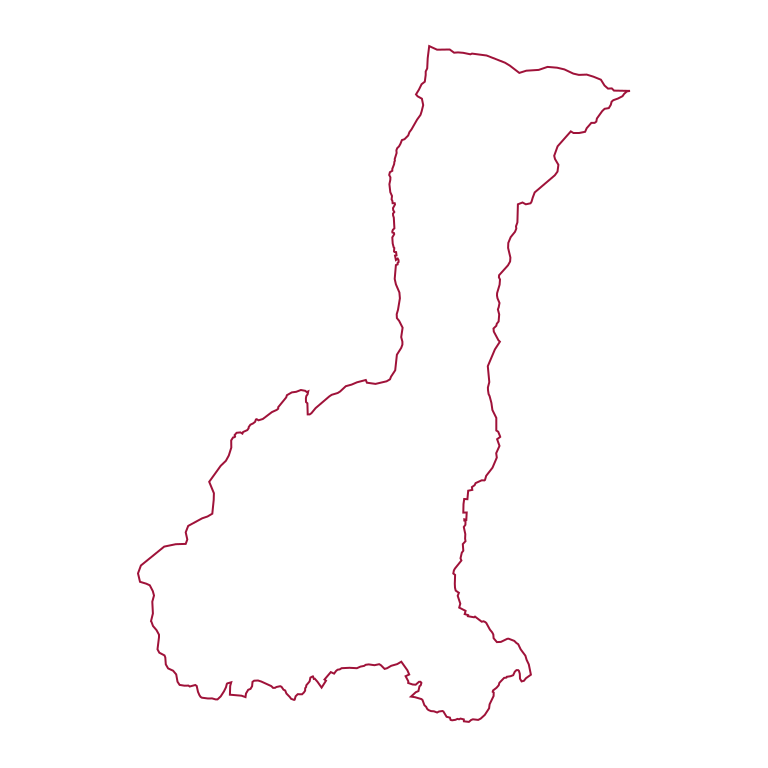 outline of Halmagiu, Arad, Romania
{"feature_id": "2599482B14202054481695", "entity_name": "Halmagiu", "entity_type": "district", "adm_level": 2, "iso_a3": "ROU", "parent_name": "Romania", "parent_adm1": "Arad", "projection": "orthographic", "projection_center": [22.581, 46.302], "detail": "fine", "context": "isolated", "style": "outline", "palette": "rose", "viewbox_px": 768, "rotation_deg": 0, "n_neighbors": 0, "source": "geoboundaries", "source_scale": "gbopen_adm2", "svg_char_len": 6086}
<svg xmlns="http://www.w3.org/2000/svg" viewBox="0 0 768 768"><path d="M484.8,714.9L489.1,708.3L489.6,704.3L493.6,696.0L493.7,692.5L492.7,691.8L493.1,690.4L496.5,687.8L498.7,685.3L499.4,682.8L504.1,677.9L506.4,677.6L506.8,676.8L510.6,676.2L513.2,675.2L514.8,671.7L516.5,670.1L518.1,670.1L518.9,670.8L519.8,673.8L520.0,678.7L521.6,681.4L523.9,680.8L526.0,678.2L530.9,674.7L528.8,664.4L526.6,659.8L525.4,655.7L520.7,649.4L518.2,644.2L516.4,643.0L514.3,640.9L508.6,638.7L507.3,638.8L500.9,641.9L496.9,642.1L493.6,638.2L493.3,634.5L492.2,632.4L489.9,629.6L486.3,623.0L485.3,622.1L483.6,621.3L481.7,621.7L475.0,616.6L474.1,617.3L467.9,616.2L468.1,615.1L464.7,614.1L465.6,610.9L459.2,607.6L460.3,603.7L457.7,595.8L458.9,592.8L455.7,590.6L455.0,587.7L454.8,583.8L455.1,574.9L453.3,573.5L453.9,570.4L454.9,568.6L461.4,560.5L460.5,558.3L461.8,552.7L463.3,550.7L462.8,544.1L465.5,541.2L465.1,538.7L465.3,534.1L463.8,527.0L465.4,524.8L465.5,520.9L464.3,520.6L464.3,519.3L466.3,519.8L466.7,512.5L463.3,512.6L463.5,504.1L464.2,499.0L467.4,499.2L468.2,490.7L472.3,489.9L471.9,487.1L474.6,485.2L475.6,483.1L481.7,480.3L484.4,480.4L485.0,479.9L486.2,475.8L492.5,467.7L496.8,457.6L496.2,453.2L499.5,445.9L497.1,439.2L500.2,436.9L500.1,436.4L498.2,431.7L496.3,430.5L496.3,417.9L492.4,410.0L491.4,402.9L489.6,396.1L488.6,394.1L488.0,390.1L487.9,387.5L489.3,382.1L487.8,366.2L494.9,349.4L499.9,341.7L498.4,340.2L493.8,331.6L493.5,328.5L496.3,325.8L496.8,323.7L498.6,321.5L499.2,314.5L497.9,309.4L498.7,307.2L499.5,303.0L497.5,298.3L497.0,295.6L497.1,293.1L499.6,284.7L500.0,279.5L498.9,277.3L499.1,275.2L508.0,265.3L510.1,261.5L510.4,257.6L508.1,247.9L508.3,242.9L510.7,237.1L515.0,231.8L516.3,228.6L516.0,226.3L517.4,222.4L517.9,204.3L522.5,202.5L525.8,204.3L530.5,203.3L531.5,201.8L532.7,197.7L534.7,192.4L554.8,175.3L557.5,171.6L558.4,164.8L555.0,159.0L554.2,155.8L557.6,146.3L570.8,131.4L573.4,133.0L579.0,133.0L585.1,131.8L586.7,128.2L591.3,122.9L594.6,122.9L596.3,121.6L596.9,118.5L602.2,111.1L604.6,108.8L608.8,108.1L610.8,104.8L611.6,101.7L613.3,100.2L617.8,98.6L622.5,96.2L624.2,93.8L626.9,91.4L630.0,90.9L614.0,90.6L611.8,88.4L608.0,88.6L604.5,85.5L600.9,79.7L593.5,76.7L586.7,74.6L578.9,74.9L573.3,73.6L564.4,69.4L557.1,67.7L547.5,66.9L538.7,69.9L526.3,70.7L519.3,72.9L509.8,65.6L505.0,62.7L486.6,55.5L472.0,53.6L470.4,54.3L463.1,52.8L458.0,52.4L454.1,52.7L449.7,49.5L437.1,49.7L429.2,46.1L427.7,58.2L427.2,68.4L425.7,71.5L425.7,74.9L424.8,81.7L421.6,84.2L418.9,89.7L416.0,94.4L417.6,96.3L421.9,98.7L423.2,105.1L421.6,111.5L420.5,114.9L417.1,119.6L411.5,129.4L409.4,132.2L408.2,135.5L404.5,139.2L401.9,140.1L400.4,143.9L399.0,146.4L397.2,148.2L396.4,150.3L396.6,153.0L394.7,159.1L394.9,160.8L394.4,161.7L394.1,164.2L392.3,168.9L392.3,170.8L389.9,172.2L389.2,175.0L390.4,177.3L390.3,179.9L389.4,184.2L390.3,192.2L392.0,196.0L391.6,199.4L392.4,200.9L392.6,203.2L394.7,203.2L395.0,204.5L393.0,208.1L393.2,210.1L394.3,212.0L393.0,213.6L393.1,215.5L393.8,217.6L394.4,228.3L392.9,229.8L392.3,231.4L392.4,232.5L394.0,233.1L394.2,234.2L392.3,237.4L392.7,243.5L393.7,247.4L394.3,248.0L394.0,251.4L394.5,252.0L396.1,252.1L396.5,255.3L395.0,255.6L395.9,260.0L397.7,258.6L398.5,260.0L398.6,262.0L397.6,263.0L397.6,264.4L395.9,265.1L394.7,278.9L395.9,284.3L399.4,292.5L399.9,298.3L398.0,309.8L396.7,314.2L396.9,318.1L399.1,320.8L402.6,327.7L401.2,337.1L402.4,341.7L402.4,344.6L401.2,347.9L396.9,354.7L395.2,370.3L391.0,376.7L390.0,379.3L386.6,381.3L375.5,383.9L366.9,382.7L365.8,380.0L357.0,382.3L351.6,384.6L345.8,386.2L340.1,391.5L337.7,393.0L331.7,394.8L329.3,396.4L315.6,408.1L311.4,413.2L309.7,414.4L307.7,414.4L307.4,403.3L306.0,402.0L305.9,398.4L306.3,396.1L307.6,394.3L308.2,391.4L306.8,392.1L305.2,390.8L300.9,390.0L296.2,391.8L291.8,392.4L286.9,395.2L286.2,397.4L278.2,407.2L278.2,408.7L276.7,409.9L271.9,412.1L262.8,419.0L258.5,420.3L256.7,419.2L255.9,419.5L255.1,421.8L253.1,423.4L250.4,424.7L248.7,427.1L248.6,428.3L247.3,430.1L243.1,432.0L242.4,433.6L240.4,432.4L236.6,432.8L234.6,435.1L235.1,436.4L234.7,437.1L233.0,437.5L231.2,440.4L231.3,447.6L228.8,455.5L225.9,460.8L220.7,465.8L209.2,481.8L213.9,493.2L213.7,500.0L212.3,513.7L207.5,516.5L202.2,518.3L188.2,525.9L185.7,532.3L187.3,539.5L185.7,543.9L175.8,544.2L164.2,546.6L140.9,565.5L138.0,573.4L140.0,581.8L146.3,583.7L149.8,585.3L152.8,591.1L154.0,595.5L152.3,601.7L152.9,613.5L151.0,621.2L151.5,621.9L153.0,626.0L156.5,630.1L159.0,634.7L159.0,637.2L157.5,649.3L159.3,652.7L164.5,655.4L165.3,657.5L165.8,664.4L168.1,668.4L173.1,670.7L176.2,674.4L177.5,681.7L179.6,684.9L184.5,685.7L188.5,685.6L189.7,686.5L195.3,685.0L196.7,686.0L198.0,691.9L199.5,695.3L200.6,696.9L201.9,697.7L208.1,698.5L212.1,698.4L215.6,699.4L217.5,699.4L220.7,696.4L224.0,691.3L226.0,687.2L226.8,684.0L227.3,683.4L231.2,682.3L230.2,685.9L229.9,694.7L241.5,695.7L245.5,697.1L246.0,693.5L248.2,689.8L250.5,688.9L252.1,686.2L252.5,681.9L254.1,680.7L258.0,680.5L261.2,681.5L271.3,686.1L273.1,687.9L275.1,687.8L276.4,687.0L280.2,686.2L281.5,686.8L283.5,689.7L285.2,690.5L286.4,693.5L289.9,697.1L291.1,698.8L294.1,699.9L294.7,699.6L295.6,696.3L297.7,694.2L302.0,694.3L303.8,692.6L305.1,690.7L305.2,688.2L306.1,687.0L306.3,685.3L309.6,681.4L310.4,677.6L312.7,676.4L313.0,676.4L313.8,678.9L314.8,678.7L317.5,681.8L321.6,687.6L326.0,680.7L324.5,679.5L330.8,672.1L334.1,673.6L336.1,670.9L337.6,669.7L339.7,669.4L341.6,668.2L349.5,667.8L356.9,668.2L360.5,666.6L364.1,665.9L365.7,664.8L368.7,664.4L374.5,665.2L379.2,664.2L380.9,665.2L384.6,668.9L387.1,668.2L391.2,665.8L397.2,664.1L401.3,661.7L407.4,670.3L409.2,674.5L405.6,676.2L408.3,681.3L408.2,683.0L412.7,684.5L415.7,684.7L419.0,681.8L420.5,681.8L421.4,682.9L420.7,685.3L419.5,686.3L418.4,691.1L415.8,692.2L411.0,696.6L415.0,697.2L421.5,699.1L422.5,700.0L424.4,705.2L426.2,706.9L427.1,708.8L428.4,710.0L431.0,711.1L433.9,711.3L437.1,712.5L439.0,711.5L442.5,711.0L443.4,711.5L446.6,716.8L449.9,717.6L450.6,719.9L452.1,720.3L455.5,719.8L457.4,718.9L459.1,719.3L460.5,718.6L463.8,719.4L463.9,721.3L468.9,721.9L471.1,720.0L472.9,719.3L478.2,719.9L480.7,718.6L484.8,714.9Z" fill="none" stroke="#9f1239" stroke-width="2"/></svg>